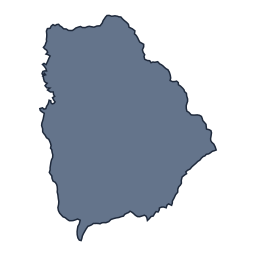 outline of Santa Terezinha, Santa Catarina, Brazil
{"feature_id": "56859067B30252658658314", "entity_name": "Santa Terezinha", "entity_type": "district", "adm_level": 2, "iso_a3": "BRA", "parent_name": "Brazil", "parent_adm1": "Santa Catarina", "projection": "robinson", "projection_center": [-50.015, -26.671], "detail": "fine", "context": "isolated", "style": "filled", "palette": "slate", "viewbox_px": 256, "rotation_deg": 0, "n_neighbors": 0, "source": "geoboundaries", "source_scale": "gbopen_adm2", "svg_char_len": 3580}
<svg xmlns="http://www.w3.org/2000/svg" viewBox="0 0 256 256"><path d="M66.3,29.0L63.6,28.8L61.7,26.9L59.9,25.8L58.6,24.3L56.8,24.5L55.0,25.6L53.0,24.6L51.2,26.1L50.1,28.3L47.4,28.6L46.4,31.1L46.8,34.6L46.7,37.1L46.4,39.4L46.6,41.4L45.8,43.1L45.1,45.3L43.4,47.4L45.1,49.2L46.6,50.1L47.7,52.2L46.0,54.1L48.1,54.7L50.1,56.0L48.9,58.3L47.5,61.7L46.1,64.6L44.0,63.4L42.5,64.4L44.2,66.2L45.8,68.4L46.6,70.9L44.6,70.9L42.9,71.4L42.0,73.6L43.1,75.7L43.5,78.4L44.3,81.2L45.6,82.5L47.2,83.2L45.0,85.7L46.9,87.9L49.8,88.1L47.5,90.0L50.5,92.0L53.2,92.0L53.6,94.7L54.7,96.3L52.5,97.7L53.8,100.1L55.1,101.9L53.9,103.4L52.2,103.9L50.9,102.7L50.8,100.8L49.1,100.2L48.7,102.2L47.9,104.4L46.6,106.3L45.8,108.7L43.9,109.1L42.5,107.8L39.8,108.6L40.3,110.5L42.3,112.1L44.3,113.3L43.7,116.3L43.2,118.9L42.6,121.0L41.9,123.0L41.6,125.5L42.6,128.7L42.7,131.9L43.9,133.7L45.1,135.2L46.5,137.7L48.8,139.3L49.7,141.2L50.5,143.2L51.1,145.6L50.5,148.2L51.7,149.6L52.1,152.2L52.8,154.9L52.6,157.7L51.6,159.6L50.9,162.3L50.5,164.9L50.1,167.7L50.1,170.0L49.3,172.4L50.6,174.4L51.8,175.9L52.0,178.3L53.0,181.0L55.3,182.4L56.6,184.4L57.2,186.6L57.4,189.4L57.2,192.0L57.9,194.8L58.3,198.5L58.8,201.5L58.6,204.3L57.9,207.6L58.4,210.5L59.6,213.0L61.5,215.2L63.0,216.8L65.3,217.7L67.4,219.5L69.3,220.7L71.3,220.7L73.1,220.6L75.0,220.0L77.6,219.0L80.2,220.2L79.2,224.1L77.9,226.3L77.5,228.4L77.1,231.4L77.2,234.7L77.9,237.9L79.3,240.1L81.1,240.6L81.8,238.6L82.4,235.9L83.5,233.5L84.7,231.4L86.2,228.8L87.9,226.3L89.7,225.7L91.6,224.8L93.3,223.5L96.6,223.4L98.4,223.5L100.1,223.8L101.8,222.8L103.8,222.6L105.9,222.7L108.8,221.6L110.9,219.5L113.5,218.6L116.2,217.9L118.9,217.5L121.3,216.6L123.5,216.1L124.6,214.4L126.6,213.3L128.6,212.5L130.0,211.2L131.6,212.0L133.4,213.4L135.4,215.3L137.5,216.6L139.8,216.7L141.9,216.0L144.4,215.2L146.0,216.1L146.9,217.9L147.4,220.5L149.2,218.8L151.1,216.5L153.3,216.0L154.5,213.7L156.1,211.6L158.1,212.0L159.2,210.0L159.4,208.0L161.5,207.1L163.6,207.0L166.2,207.8L166.9,205.3L168.5,203.9L171.6,205.3L172.3,203.2L172.4,201.1L174.1,198.0L175.6,194.7L177.7,192.2L177.8,189.0L178.7,186.8L180.4,185.0L181.4,183.3L181.3,180.3L182.1,177.0L184.7,174.9L186.6,173.7L185.8,171.9L187.4,170.4L190.1,169.0L191.9,166.8L193.7,165.2L195.8,163.4L197.8,161.4L199.9,160.1L201.4,158.1L203.2,156.5L204.9,155.9L206.3,154.3L208.6,153.9L210.4,152.8L212.3,151.3L214.4,150.7L216.2,150.0L215.1,146.7L213.8,144.1L211.8,142.3L210.7,140.5L210.6,138.4L211.0,136.2L211.5,132.8L210.9,130.6L208.9,129.6L206.5,129.1L206.3,127.1L206.0,124.3L204.4,122.4L202.8,120.6L202.2,118.4L201.4,116.4L199.5,115.3L197.3,114.9L194.0,115.1L191.2,114.9L188.8,112.3L186.9,111.2L186.3,108.6L186.2,105.7L186.8,103.6L187.6,101.3L187.6,98.9L186.7,96.1L186.4,93.3L184.5,91.6L184.0,89.8L182.6,88.1L180.5,86.1L178.4,84.7L178.3,82.6L176.6,81.1L175.0,81.5L172.4,81.6L170.1,80.5L170.7,78.0L170.3,75.3L169.3,72.1L167.9,69.7L166.3,68.9L164.6,67.5L163.1,66.0L161.5,64.8L159.6,63.8L157.7,61.7L154.8,62.3L152.9,62.0L151.0,62.7L149.7,60.7L147.4,60.5L144.7,59.3L144.0,56.5L144.7,54.7L143.2,52.5L142.4,49.8L143.7,46.9L143.7,44.3L141.4,43.0L139.8,42.1L138.7,40.1L137.6,37.7L136.1,35.3L134.5,33.9L134.9,30.8L132.3,28.8L129.0,27.2L128.4,24.3L126.6,22.4L124.1,20.4L122.4,18.8L120.9,17.0L118.9,16.8L117.3,16.2L114.9,15.8L111.7,16.3L109.2,15.4L107.0,15.5L105.5,17.1L104.4,18.8L103.2,20.5L102.2,23.1L100.1,25.8L96.9,26.0L94.0,27.2L91.4,26.7L89.3,26.3L87.7,26.6L85.2,27.6L82.3,27.5L80.5,26.5L78.6,27.0L75.8,28.0L73.8,29.6L72.3,30.5L70.3,30.5L68.4,30.4L66.3,29.0ZM43.1,75.7L44.3,73.3L45.6,74.8L43.1,75.7Z" fill="#64748b" stroke="#1e293b" stroke-width="1.5"/></svg>